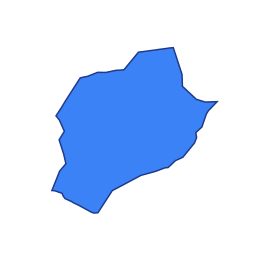 Bayandelger, Sühbaatar, Mongolia, rotated 24°
{"feature_id": "93677404B18322501666911", "entity_name": "Bayandelger", "entity_type": "district", "adm_level": 2, "iso_a3": "MNG", "parent_name": "Mongolia", "parent_adm1": "Sühbaatar", "projection": "orthographic", "projection_center": [112.368, 45.634], "detail": "fine", "context": "isolated", "style": "filled", "palette": "blue", "viewbox_px": 256, "rotation_deg": 24, "n_neighbors": 0, "source": "geoboundaries", "source_scale": "gbopen_adm2", "svg_char_len": 791}
<svg xmlns="http://www.w3.org/2000/svg" viewBox="0 0 256 256"><g transform="rotate(24 128 128)"><path d="M198.7,67.7L188.0,72.9L178.7,74.0L160.8,67.8L155.5,57.0L136.7,36.2L133.4,38.0L131.7,39.1L106.7,54.5L100.6,76.5L93.3,80.4L85.1,86.3L77.6,89.5L70.2,97.1L64.0,101.6L60.0,127.6L59.7,129.8L59.0,135.7L57.3,146.2L62.0,148.6L71.2,156.9L69.9,166.8L80.1,178.3L85.8,185.9L83.1,195.0L83.9,216.1L86.7,215.1L94.4,214.5L96.7,216.7L99.2,218.1L106.7,218.2L108.8,218.5L114.0,218.6L118.6,219.0L123.8,219.4L129.2,219.8L131.4,219.6L134.0,218.2L135.0,217.6L139.1,191.6L159.1,166.0L170.9,156.3L177.9,149.4L180.7,147.8L182.3,144.1L184.6,138.5L190.0,132.4L194.8,114.8L194.6,108.9L191.8,104.6L195.1,97.1L194.5,90.5L193.9,83.4L194.4,79.5L198.7,67.7Z" fill="#3b82f6" stroke="#1e3a8a" stroke-width="1.5"/></g></svg>